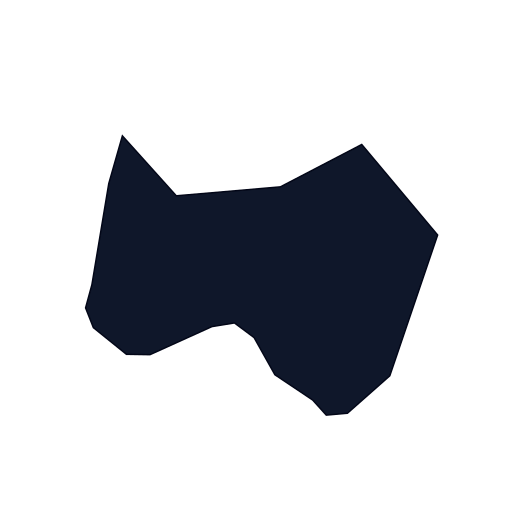 Airai, Mercator projection, rotated 29°
{"feature_id": "PLW-5245", "entity_name": "Airai", "entity_type": "state/province", "adm_level": 1, "iso_a3": "PLW", "parent_name": "Palau", "parent_adm1": "", "projection": "mercator", "projection_center": [134.557, 7.394], "detail": "fine", "context": "isolated", "style": "filled", "palette": "ink", "viewbox_px": 512, "rotation_deg": 29, "n_neighbors": 0, "source": "natural_earth", "source_scale": "10m", "svg_char_len": 408}
<svg xmlns="http://www.w3.org/2000/svg" viewBox="0 0 512 512"><g transform="rotate(29 256 256)"><path d="M404.7,149.6L431.1,295.9L412.2,349.2L394.6,361.1L375.4,354.5L330.1,350.7L293.9,328.3L269.6,325.0L251.7,339.1L211.1,393.7L190.3,404.8L148.5,397.5L132.1,384.0L126.4,360.7L92.1,264.0L80.9,215.7L157.1,242.0L243.8,183.7L294.4,107.2L404.7,149.6Z" fill="#0f172a" stroke="#020617" stroke-width="1.5"/></g></svg>